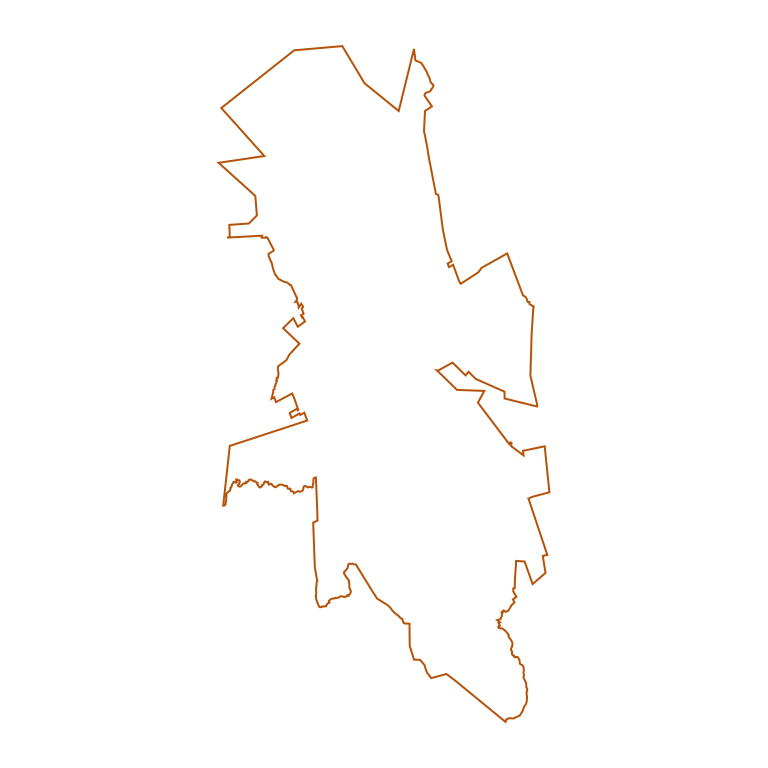 outline of Guadalupe Victoria, Durango, Mexico
{"feature_id": "50627088B98366659289932", "entity_name": "Guadalupe Victoria", "entity_type": "district", "adm_level": 2, "iso_a3": "MEX", "parent_name": "Mexico", "parent_adm1": "Durango", "projection": "equal_earth", "projection_center": [-104.099, 24.401], "detail": "fine", "context": "isolated", "style": "outline", "palette": "amber", "viewbox_px": 768, "rotation_deg": 0, "n_neighbors": 0, "source": "geoboundaries", "source_scale": "gbopen_adm2", "svg_char_len": 6088}
<svg xmlns="http://www.w3.org/2000/svg" viewBox="0 0 768 768"><path d="M507.2,253.4L481.5,267.9L478.5,272.2L460.7,283.8L459.0,280.9L453.1,264.7L449.0,267.1L447.6,263.6L451.7,261.2L447.0,249.8L442.8,229.3L438.7,197.2L438.2,194.9L435.9,194.0L428.3,154.6L427.6,149.4L425.0,135.6L424.0,131.2L425.0,111.0L431.9,106.4L424.5,95.6L424.7,94.5L425.0,93.6L426.1,92.7L429.9,91.5L430.9,90.2L431.3,89.1L431.8,88.9L433.3,86.3L433.5,85.5L432.9,84.6L432.3,83.9L431.7,83.5L430.5,81.9L429.5,77.9L428.7,76.3L427.8,75.1L427.0,72.2L424.6,68.4L423.5,66.1L422.7,65.3L421.2,62.9L415.4,60.4L414.0,48.9L398.7,111.0L364.5,83.2L342.3,46.1L294.2,50.3L221.3,108.0L264.3,156.0L218.6,162.8L255.3,195.9L256.9,215.4L248.9,223.5L229.3,224.9L229.8,236.9L227.1,237.6L262.1,235.7L261.5,237.6L262.1,237.8L264.3,237.6L265.5,237.8L265.8,237.2L266.2,237.1L267.4,237.6L273.9,250.2L272.8,251.3L268.6,253.8L268.6,256.2L269.2,257.1L270.3,260.3L271.1,261.5L272.0,264.0L273.0,268.7L274.4,272.2L274.6,273.7L278.4,278.9L283.7,281.6L287.7,282.8L289.6,284.8L290.9,285.0L296.6,297.3L296.9,297.4L296.9,299.9L295.5,301.8L297.1,301.5L297.9,302.9L297.6,303.5L298.7,305.7L298.6,306.0L298.7,307.4L301.2,303.8L303.2,306.9L301.7,308.7L303.6,313.8L301.0,315.2L302.0,317.4L302.7,317.0L305.0,321.5L297.8,326.7L293.3,318.2L283.1,328.2L299.4,343.7L289.4,354.5L286.4,360.2L278.3,366.1L277.8,367.7L277.9,368.7L277.7,369.5L278.4,372.1L278.4,375.3L278.0,376.4L278.2,376.9L277.9,377.6L277.6,377.3L277.2,377.8L276.7,377.9L276.6,379.5L277.0,380.2L277.0,380.7L276.7,380.9L276.5,380.4L276.3,380.7L276.5,382.5L275.4,384.7L275.6,385.0L275.5,385.5L274.6,386.5L274.5,387.1L274.7,388.2L274.5,389.1L273.5,389.8L273.1,390.5L273.3,391.8L271.5,398.8L274.2,397.3L276.0,402.1L292.2,393.5L294.2,398.2L298.3,409.9L297.7,410.3L297.0,408.7L289.7,413.0L291.5,417.9L299.6,413.4L300.3,415.0L304.3,412.7L307.2,420.5L229.8,445.9L223.2,505.7L224.3,505.5L225.5,504.5L226.3,499.0L226.3,495.9L226.6,493.6L227.6,492.4L230.1,490.6L230.4,489.0L230.3,488.2L230.5,487.6L231.0,487.6L231.6,486.5L232.0,484.8L232.3,484.0L233.1,483.2L233.5,481.9L235.7,482.3L236.0,482.7L236.7,482.4L236.7,481.9L236.2,480.9L236.1,479.5L237.2,479.5L237.8,480.3L238.8,480.2L239.5,480.5L239.8,482.3L239.2,483.4L239.1,484.1L238.2,484.7L237.9,485.6L238.3,486.2L239.4,486.6L240.1,486.6L240.9,486.2L242.4,484.5L243.7,483.4L244.3,483.5L245.2,483.0L246.3,483.1L246.4,482.7L246.1,481.9L246.4,481.7L247.0,482.0L248.3,481.3L248.6,480.7L248.6,480.2L248.9,479.9L250.2,479.7L250.7,479.4L251.9,480.1L252.4,480.7L253.5,480.8L253.8,481.3L255.1,481.3L256.2,481.9L256.2,482.5L256.6,483.0L257.3,483.5L257.6,483.4L257.3,484.7L258.3,485.4L258.6,486.5L260.1,487.5L261.5,486.8L261.6,486.3L262.1,485.7L262.0,485.2L262.4,485.1L263.6,484.5L263.8,483.0L265.1,481.4L266.6,482.3L268.2,481.8L268.5,483.0L268.4,483.6L268.9,484.6L270.1,484.0L271.3,483.9L273.3,486.2L275.3,487.3L276.3,486.9L277.3,485.9L278.6,485.3L279.2,484.7L280.9,484.6L283.0,485.0L284.1,485.7L285.4,486.1L286.6,485.7L287.2,486.5L287.3,487.6L287.8,488.6L289.1,488.8L289.9,488.5L290.5,488.9L290.5,490.2L290.9,491.3L292.9,491.4L293.6,492.1L293.9,493.2L298.3,491.1L299.8,491.7L301.4,491.4L302.7,490.5L303.3,489.2L303.4,487.3L304.4,486.0L305.7,486.1L307.4,487.3L308.4,487.3L309.8,486.8L311.9,487.6L312.7,487.2L313.0,483.7L313.5,483.1L313.3,480.8L313.6,478.4L315.3,477.5L315.9,477.5L317.3,512.1L317.5,520.6L313.2,522.6L314.8,566.9L317.0,580.0L317.4,580.2L317.3,581.0L316.6,582.6L316.5,585.0L316.1,587.8L316.2,594.2L315.7,596.5L316.1,596.7L316.1,597.2L316.3,599.6L319.1,606.7L319.7,607.2L321.2,607.2L322.2,606.4L322.7,606.6L322.9,606.4L324.5,606.5L326.2,606.1L326.6,605.0L327.3,603.8L329.5,602.5L328.9,601.7L328.9,601.0L329.2,600.6L330.3,599.5L332.5,598.6L334.7,598.3L335.1,597.9L336.3,598.0L339.0,597.5L339.9,596.5L340.6,596.2L343.6,596.7L344.4,597.1L345.7,596.5L346.7,596.4L347.2,595.4L347.4,595.5L347.9,595.1L348.6,595.7L348.9,595.5L349.6,594.1L350.7,592.7L350.8,591.0L350.7,590.3L350.2,589.8L349.5,588.2L349.3,586.0L349.4,584.3L348.8,581.6L348.9,580.5L345.5,576.1L345.3,575.4L344.0,573.4L344.1,572.3L344.4,571.4L345.3,570.9L347.5,568.3L348.2,565.1L348.6,564.0L349.1,563.7L351.3,563.9L352.8,563.7L353.8,564.4L355.9,564.5L372.6,591.6L377.1,598.6L387.1,604.8L389.0,606.4L390.0,607.3L392.2,610.3L394.1,612.4L399.0,616.3L400.4,618.0L402.5,619.1L402.7,621.0L403.2,621.5L403.8,623.1L404.8,623.5L409.5,623.6L409.7,645.9L414.0,659.6L419.8,659.8L420.2,660.0L424.4,664.9L426.0,670.0L427.1,672.7L431.2,678.1L446.4,674.0L455.2,680.6L505.5,721.9L506.3,719.4L507.1,719.3L508.3,718.4L510.5,718.2L512.4,718.5L514.3,718.2L515.9,717.2L519.5,715.8L522.0,712.1L522.9,710.4L524.0,706.8L525.6,704.7L526.7,701.8L527.1,696.1L526.7,695.1L526.5,692.6L527.3,689.9L527.2,689.1L526.3,687.0L526.3,684.9L526.0,682.7L523.5,677.6L523.6,676.4L524.1,675.4L523.4,672.4L523.9,670.3L523.6,667.5L523.1,666.3L522.5,665.3L520.3,664.1L519.8,663.5L519.5,660.0L517.8,657.2L517.1,656.9L514.4,657.1L514.3,656.1L514.0,655.6L513.7,655.4L513.0,655.5L512.0,654.3L512.1,651.4L511.3,650.7L511.0,649.9L511.1,648.5L512.3,646.2L512.1,645.4L512.4,644.7L512.5,643.9L512.2,642.3L511.0,640.0L509.1,637.6L508.4,635.6L508.7,634.8L506.5,632.1L505.1,630.7L505.0,630.4L501.9,628.3L499.7,628.3L498.4,627.6L498.3,626.9L498.8,626.2L499.9,625.7L498.5,623.0L500.0,622.4L497.2,620.1L499.6,619.5L500.7,618.7L501.9,616.0L501.9,614.1L502.7,612.4L501.8,612.1L503.5,610.5L504.2,610.7L504.8,611.5L505.4,611.8L507.0,611.4L508.3,610.6L510.9,606.5L511.0,605.8L514.5,602.3L512.9,599.4L516.4,596.9L513.2,591.2L513.4,588.3L514.7,588.1L515.0,577.7L515.8,567.2L516.1,560.9L524.6,561.5L532.6,584.1L545.5,572.9L542.8,556.0L547.3,554.9L528.5,498.6L529.1,498.6L530.5,497.6L532.8,496.7L549.4,492.3L544.7,446.3L523.0,450.8L523.5,455.3L511.2,446.2L511.5,442.9L510.3,442.4L509.3,444.2L477.9,402.7L484.3,390.9L457.0,389.9L437.0,370.4L438.0,370.6L452.5,362.6L465.6,375.4L468.5,371.7L475.7,378.9L504.5,391.7L504.6,398.5L537.0,406.5L537.2,404.7L530.4,375.7L531.6,334.6L533.2,309.2L533.7,306.5L532.7,306.3L532.1,305.5L530.5,304.8L529.4,303.8L529.4,302.0L528.3,302.1L527.3,301.3L526.8,299.2L525.8,297.1L523.0,295.4L507.2,253.4Z" fill="none" stroke="#b45309" stroke-width="2"/></svg>